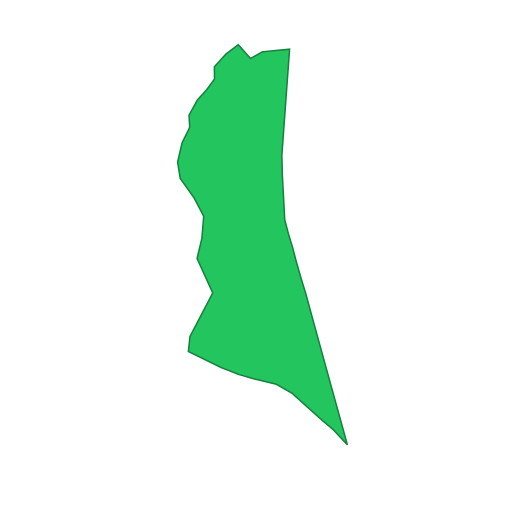 outline of General Maynard, Sergipe, Brazil, rotated 73°
{"feature_id": "56859067B22941727243395", "entity_name": "General Maynard", "entity_type": "district", "adm_level": 2, "iso_a3": "BRA", "parent_name": "Brazil", "parent_adm1": "Sergipe", "projection": "robinson", "projection_center": [-36.973, -10.693], "detail": "fine", "context": "isolated", "style": "filled", "palette": "green", "viewbox_px": 512, "rotation_deg": 73, "n_neighbors": 0, "source": "geoboundaries", "source_scale": "gbopen_adm2", "svg_char_len": 652}
<svg xmlns="http://www.w3.org/2000/svg" viewBox="0 0 512 512"><g transform="rotate(73 256 256)"><path d="M68.0,163.4L62.6,190.1L65.5,203.5L48.7,211.2L54.1,225.8L62.9,240.5L74.7,244.0L82.5,254.5L89.7,266.5L101.8,278.9L113.6,281.8L126.0,293.5L143.2,303.5L159.7,305.8L182.4,298.2L202.7,294.4L223.3,302.6L241.1,313.1L278.7,308.2L313.7,342.7L327.6,348.6L352.3,322.2L364.1,307.3L372.6,294.4L384.5,274.2L397.9,261.6L415.6,251.0L433.4,240.2L444.7,232.9L463.3,223.8L353.3,220.8L326.5,220.0L307.2,219.4L290.8,219.4L273.0,219.1L259.1,218.5L244.4,218.5L229.7,217.9L186.2,207.1L167.2,201.8L68.0,163.4Z" fill="#22c55e" stroke="#15803d" stroke-width="1.5"/></g></svg>